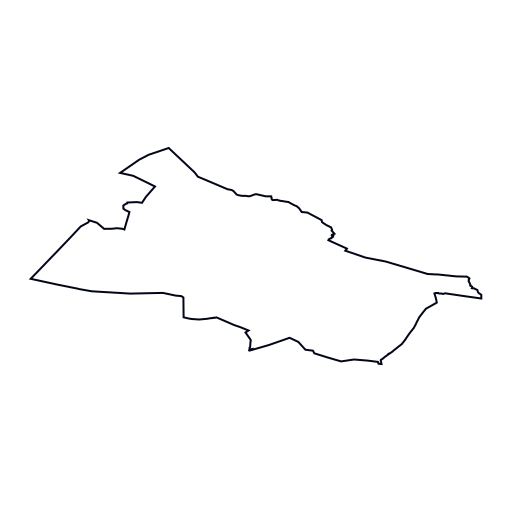 the district of Hemsedal nor, Buskerud, Norway
{"feature_id": "86288312B18183247868673", "entity_name": "Hemsedal nor", "entity_type": "district", "adm_level": 2, "iso_a3": "NOR", "parent_name": "Norway", "parent_adm1": "Buskerud", "projection": "robinson", "projection_center": [8.592, 60.928], "detail": "fine", "context": "isolated", "style": "outline", "palette": "ink", "viewbox_px": 512, "rotation_deg": 0, "n_neighbors": 0, "source": "geoboundaries", "source_scale": "gbopen_adm2", "svg_char_len": 5077}
<svg xmlns="http://www.w3.org/2000/svg" viewBox="0 0 512 512"><path d="M481.3,298.5L481.3,294.8L478.8,293.1L478.0,292.2L477.9,292.0L477.7,291.0L477.6,290.8L477.5,290.2L477.4,290.0L477.0,289.8L475.9,289.3L475.6,289.2L475.3,289.0L475.0,288.9L474.5,288.5L474.3,288.4L473.8,288.3L473.1,288.3L472.2,288.3L471.9,288.2L472.2,287.6L472.3,287.2L472.2,286.9L472.0,286.6L471.8,286.5L471.3,286.2L470.5,285.8L470.2,285.6L470.2,285.4L470.3,285.2L470.4,284.8L470.4,284.6L469.9,283.9L469.8,283.7L469.7,283.0L469.6,282.8L469.4,282.5L469.0,281.9L468.7,281.4L468.6,281.2L468.9,280.2L468.9,279.8L468.8,279.7L469.0,279.3L469.3,278.9L469.5,278.5L469.5,278.4L469.3,278.2L469.1,278.1L468.5,277.8L468.3,277.6L468.2,277.5L467.8,277.2L466.7,276.6L466.1,276.6L464.7,276.6L461.1,276.5L456.4,276.4L450.3,275.8L448.2,275.5L446.5,275.4L444.0,275.1L438.3,274.5L435.1,274.4L427.6,274.0L385.6,261.5L365.5,257.6L345.3,250.7L346.5,249.2L346.9,248.6L345.1,247.8L342.3,246.5L337.4,244.3L328.4,240.2L328.5,240.0L328.6,239.8L328.7,239.6L328.8,239.5L328.8,239.4L329.1,239.3L329.1,239.2L329.4,239.0L329.8,238.8L330.1,238.6L330.4,238.4L330.5,238.4L330.9,238.4L331.1,238.3L331.2,238.2L331.3,238.1L331.4,237.9L331.5,237.9L331.8,237.7L331.9,237.4L332.0,237.4L332.3,237.3L332.4,237.2L332.5,237.2L332.7,236.9L332.8,236.8L333.0,236.7L332.9,236.5L332.7,236.4L332.8,236.3L332.9,236.2L333.0,236.1L333.1,235.9L332.9,235.9L332.7,235.8L332.6,235.7L332.4,235.5L332.3,235.4L332.2,235.4L331.8,235.3L331.7,235.2L331.8,235.0L332.3,234.9L332.3,234.7L332.6,234.6L333.0,234.4L333.3,234.3L333.4,234.2L333.5,234.2L334.1,233.8L334.4,233.7L331.6,230.6L332.1,229.8L331.5,228.4L331.1,227.4L328.5,226.1L326.6,225.2L324.9,224.1L322.7,222.6L322.0,222.1L321.8,221.4L321.8,220.8L321.6,220.1L316.9,217.6L313.7,215.9L309.9,213.9L307.6,212.6L301.7,212.0L299.1,208.3L296.7,206.2L293.9,205.1L293.6,204.9L292.0,204.0L290.3,203.1L288.5,202.0L286.7,201.8L283.1,201.2L280.3,200.8L278.3,200.3L277.4,199.8L274.5,200.0L274.0,200.0L272.8,200.1L272.2,199.8L271.8,199.4L271.6,198.6L271.7,198.1L271.7,197.9L271.3,197.4L271.2,196.7L271.2,196.3L268.0,196.3L265.6,196.3L256.4,194.2L255.9,194.2L254.8,194.4L249.9,196.2L248.9,196.2L248.5,196.3L245.3,195.8L244.2,195.9L243.4,195.9L241.8,195.8L238.9,195.3L237.9,195.0L236.7,194.6L233.8,191.4L233.5,191.1L231.9,190.1L231.1,189.9L230.7,189.8L227.7,189.3L197.9,176.7L194.6,172.4L168.7,148.0L148.6,154.8L139.2,159.7L120.1,172.9L133.2,175.8L155.0,186.5L145.7,197.1L145.5,197.5L142.0,202.8L137.7,202.2L136.5,202.1L127.3,202.5L127.2,202.8L127.2,203.4L126.7,203.5L125.4,204.1L123.3,205.6L123.3,206.2L123.4,207.7L123.4,208.7L125.5,210.2L125.9,210.4L128.7,211.7L129.4,212.0L129.3,212.5L128.4,215.8L127.6,218.4L127.2,219.8L126.4,222.4L126.0,223.8L124.4,229.5L123.0,229.0L122.5,228.8L117.0,228.2L112.3,228.7L110.3,228.8L106.0,228.8L104.2,228.9L97.0,222.8L88.9,220.2L89.1,220.5L89.0,221.2L88.7,221.7L88.0,222.5L80.8,226.4L78.9,228.4L74.5,233.1L73.5,234.2L70.1,237.8L65.5,242.6L57.5,251.0L30.7,278.8L57.4,284.6L77.9,288.7L78.7,289.0L91.9,291.3L130.3,293.6L162.9,292.9L175.7,295.6L181.3,296.1L183.4,297.5L183.6,317.3L188.2,318.4L191.6,319.0L199.1,319.5L207.1,318.8L210.0,318.3L210.9,318.1L211.1,318.1L211.3,318.1L211.6,318.1L211.8,318.0L212.1,318.0L212.3,318.1L212.7,318.0L212.8,318.0L213.0,317.9L213.6,317.9L213.7,317.7L213.8,317.7L214.0,317.7L214.2,317.8L214.3,317.8L214.6,317.8L214.8,317.8L215.0,317.7L215.3,317.7L215.6,317.6L215.8,317.6L216.0,317.5L216.2,317.4L216.3,317.4L216.5,317.4L234.3,325.1L240.2,327.1L248.5,330.5L245.5,332.5L250.0,338.9L250.3,339.5L250.7,340.0L250.8,340.6L250.6,341.4L250.5,342.0L250.1,347.0L249.6,347.6L249.6,348.5L249.5,348.8L249.4,349.4L249.9,349.3L250.8,349.3L251.5,349.1L252.1,349.0L251.7,349.7L250.6,349.5L249.9,349.5L249.6,349.7L249.5,349.9L249.3,350.1L249.1,350.3L249.2,350.5L249.6,350.6L269.0,345.0L289.6,337.8L298.3,341.9L305.4,349.7L313.0,350.7L314.3,353.3L327.7,357.5L341.1,361.4L354.0,359.5L367.7,360.6L377.9,361.9L378.5,363.7L381.5,364.0L380.7,360.2L381.2,359.6L381.6,359.4L382.0,359.3L384.5,357.2L384.8,356.9L385.6,356.4L386.3,355.9L388.5,354.3L388.3,354.1L389.3,353.4L389.7,353.5L390.3,353.1L392.1,351.8L392.3,351.7L392.8,351.3L393.5,350.6L395.4,349.1L398.4,346.7L399.1,346.1L399.5,345.9L400.6,345.0L401.7,344.1L402.1,343.8L402.5,343.1L403.1,342.4L403.4,342.1L403.6,341.8L404.6,340.5L405.0,340.0L405.0,339.8L405.3,339.5L405.8,338.9L406.2,338.2L406.4,337.9L407.8,335.8L408.7,334.5L409.3,333.7L409.5,333.4L409.7,333.1L410.1,332.6L411.5,330.8L413.9,327.8L414.9,325.8L415.4,325.0L416.0,323.8L416.9,321.7L417.8,320.2L418.7,318.3L419.0,317.6L420.3,315.9L422.9,312.5L423.2,312.2L423.5,311.7L424.0,311.1L424.6,310.5L425.8,308.8L436.8,302.6L436.6,301.6L436.3,300.2L436.1,299.1L435.5,296.9L434.4,293.4L434.7,293.3L435.0,293.2L435.4,293.1L436.0,293.0L436.5,293.0L436.8,293.0L437.2,293.0L437.3,293.1L437.5,293.2L437.8,293.1L438.0,293.0L438.3,293.0L438.7,293.3L439.8,293.6L440.2,293.5L440.7,293.5L441.3,293.5L441.5,293.5L441.8,293.6L442.2,293.8L442.6,293.9L443.0,293.9L443.4,293.9L443.5,293.8L443.9,293.7L444.7,293.4L445.1,293.3L464.2,296.1L481.3,298.5Z" fill="none" stroke="#020617" stroke-width="2"/></svg>